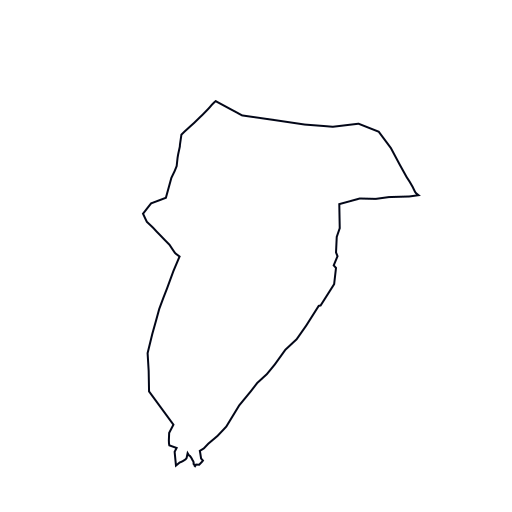 outline of Santiago Cacaloxtepec, Oaxaca, Mexico, rotated 331°
{"feature_id": "50627088B91472476679734", "entity_name": "Santiago Cacaloxtepec", "entity_type": "district", "adm_level": 2, "iso_a3": "MEX", "parent_name": "Mexico", "parent_adm1": "Oaxaca", "projection": "mercator", "projection_center": [-97.743, 17.73], "detail": "fine", "context": "isolated", "style": "outline", "palette": "ink", "viewbox_px": 512, "rotation_deg": 331, "n_neighbors": 0, "source": "geoboundaries", "source_scale": "gbopen_adm2", "svg_char_len": 1710}
<svg xmlns="http://www.w3.org/2000/svg" viewBox="0 0 512 512"><g transform="rotate(331 256 256)"><path d="M84.4,400.5L89.2,399.6L90.4,399.8L91.9,399.9L93.1,399.9L95.8,399.7L97.3,399.1L100.6,395.3L100.7,397.9L101.3,398.9L101.5,400.3L101.6,401.9L101.5,403.7L101.6,405.3L101.3,406.4L100.6,407.6L100.9,408.6L100.6,409.7L100.8,410.3L102.5,409.4L105.1,411.0L109.0,409.8L110.4,409.2L109.8,406.5L111.7,401.3L112.4,399.2L117.1,399.0L123.4,397.0L135.1,394.7L147.3,390.8L168.9,378.5L185.9,371.8L195.6,367.6L208.2,364.6L219.8,360.0L225.3,357.4L236.3,352.2L245.6,349.9L251.2,348.5L266.2,341.2L286.7,330.0L288.5,330.6L308.5,319.7L310.7,318.5L320.2,305.2L319.4,301.9L327.2,295.7L327.7,291.7L335.9,278.4L342.7,272.3L354.0,251.0L374.6,256.0L388.4,264.1L400.8,268.9L419.0,278.3L427.6,281.6L426.4,278.6L426.2,277.1L426.4,273.2L426.5,271.6L426.4,265.6L426.0,260.1L426.0,245.5L426.3,227.0L424.0,209.9L423.6,206.8L409.8,190.0L385.8,180.2L379.1,175.7L362.4,164.7L338.9,146.7L312.0,126.3L295.8,101.0L294.9,101.2L294.3,101.3L291.8,102.0L290.5,102.4L287.6,103.5L285.2,104.3L277.2,106.7L274.4,107.4L266.4,109.6L262.0,110.6L257.3,111.7L253.9,112.5L249.6,113.7L243.5,121.7L242.4,123.4L237.4,129.1L236.1,130.7L235.0,132.1L230.2,138.9L226.0,142.3L219.9,146.6L205.4,161.4L189.8,159.1L185.0,161.1L178.5,163.9L177.7,164.2L177.3,169.7L177.1,173.2L177.9,175.7L179.7,181.4L180.9,186.4L181.6,188.9L182.9,193.7L183.9,197.5L185.8,204.3L186.2,209.6L186.6,213.9L187.0,215.2L188.9,219.4L176.5,229.1L162.4,241.3L154.8,247.6L145.8,255.3L136.9,264.4L127.7,273.7L114.1,288.4L106.4,304.5L96.8,322.6L102.0,363.5L94.3,368.6L90.4,375.0L89.3,377.2L89.0,377.8L88.4,379.6L93.5,385.4L89.9,387.8L84.4,400.5Z" fill="none" stroke="#020617" stroke-width="2"/></g></svg>